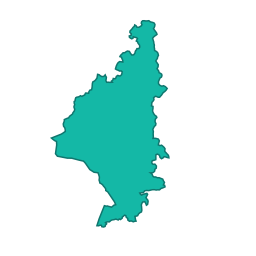 Caraíbas, Bahia, Brazil (Albers equal-area conic projection), rotated 326°
{"feature_id": "56859067B21681248066592", "entity_name": "Caraíbas", "entity_type": "district", "adm_level": 2, "iso_a3": "BRA", "parent_name": "Brazil", "parent_adm1": "Bahia", "projection": "albers", "projection_center": [-41.254, -14.633], "detail": "fine", "context": "isolated", "style": "filled", "palette": "teal", "viewbox_px": 256, "rotation_deg": 326, "n_neighbors": 0, "source": "geoboundaries", "source_scale": "gbopen_adm2", "svg_char_len": 4807}
<svg xmlns="http://www.w3.org/2000/svg" viewBox="0 0 256 256"><g transform="rotate(326 128 128)"><path d="M200.2,47.3L198.7,47.5L197.6,48.5L197.4,50.1L196.3,50.7L195.1,50.7L193.3,50.6L191.7,49.3L191.9,47.7L191.2,46.3L190.0,47.3L188.5,47.4L187.0,48.0L185.4,48.4L183.9,48.7L183.0,49.9L183.4,51.7L182.3,52.9L180.5,52.4L179.9,53.6L180.3,54.9L181.0,56.2L182.5,56.3L183.4,55.3L184.2,56.4L185.5,57.7L185.9,59.1L184.7,59.8L183.5,60.5L184.1,61.8L183.7,63.4L183.9,65.7L183.0,67.5L181.4,68.2L179.8,67.2L178.6,67.9L177.1,68.4L175.6,69.8L173.7,70.5L172.0,69.7L171.8,67.3L172.0,65.3L170.6,63.9L169.3,63.7L167.6,63.8L165.9,62.9L164.3,63.3L162.4,63.6L161.2,64.3L162.2,65.7L161.8,67.0L161.5,68.9L160.6,70.4L159.4,69.3L158.1,68.2L156.4,68.3L154.9,68.9L152.9,70.1L151.6,71.2L150.6,72.0L151.1,73.2L152.0,74.4L152.9,76.1L154.3,76.9L154.6,78.2L153.5,79.3L152.5,80.2L150.8,80.5L149.7,79.8L149.0,78.7L147.2,78.7L146.0,79.7L144.7,79.9L143.5,78.7L142.2,79.8L140.5,79.9L140.6,81.3L138.5,80.1L137.4,79.1L135.9,78.2L136.2,76.2L137.3,75.2L138.5,73.8L138.5,72.5L138.8,71.2L136.8,71.7L135.1,70.8L134.3,69.2L133.8,67.6L132.8,66.5L131.6,67.8L130.1,69.3L127.8,70.1L126.4,70.3L124.7,70.1L123.5,71.0L122.6,72.1L121.4,73.7L120.1,75.1L119.2,75.9L117.6,75.3L115.8,76.1L114.8,77.2L113.6,76.2L112.3,75.3L110.5,76.4L108.8,76.1L107.5,76.1L106.7,74.7L104.5,74.6L102.8,73.8L101.6,73.7L100.3,74.7L99.4,75.9L98.2,75.9L97.3,77.3L96.9,78.8L95.3,79.9L94.7,80.9L94.4,82.6L92.9,83.9L91.0,84.5L89.7,85.4L87.7,85.5L86.1,85.6L84.5,86.4L83.2,86.0L81.6,85.7L79.9,85.4L79.1,86.6L78.0,87.4L76.6,88.4L75.6,90.5L75.7,92.5L75.2,93.9L74.1,95.8L69.4,95.8L58.9,93.5L59.6,95.9L60.1,97.4L61.2,99.2L59.4,102.2L53.5,108.8L53.7,111.9L60.8,119.0L64.4,121.5L69.6,127.4L72.6,130.6L73.0,133.3L73.1,141.1L75.1,145.7L78.1,148.3L77.6,150.4L76.9,152.6L76.0,153.8L74.9,155.0L74.4,156.7L73.9,157.9L74.7,159.3L75.2,160.9L75.2,162.4L75.4,163.8L75.5,165.9L74.6,167.4L75.5,169.6L75.5,170.9L75.5,173.9L75.5,181.6L74.9,184.7L73.1,184.1L71.6,184.3L70.0,184.4L69.0,183.1L68.1,182.2L67.4,181.2L66.2,180.6L65.0,179.2L53.5,187.0L47.6,191.6L48.9,192.6L50.5,193.0L51.5,193.8L51.1,195.2L52.5,196.5L54.0,196.8L54.9,195.9L56.7,195.5L56.5,193.8L58.3,194.2L60.1,195.4L62.2,195.1L63.6,195.4L65.2,196.2L67.0,196.7L67.7,197.7L68.5,198.8L69.9,198.5L70.6,199.7L72.8,199.5L73.6,198.6L74.8,198.6L76.3,198.3L77.2,199.4L76.6,201.1L77.2,202.7L76.4,204.4L77.1,206.2L78.7,206.8L79.9,208.7L81.4,209.1L82.6,209.7L83.0,208.1L83.8,206.4L84.3,205.1L85.4,205.6L86.9,206.1L88.8,205.1L90.4,204.9L92.2,205.1L93.5,203.9L94.4,202.3L95.2,200.9L96.0,199.3L97.4,198.2L98.8,197.6L100.7,198.5L100.5,200.7L100.1,202.3L101.5,202.3L102.6,201.2L103.6,200.1L104.1,198.9L103.9,197.1L104.0,195.7L105.6,194.9L107.2,193.9L107.1,192.7L105.7,192.2L104.5,191.8L102.9,191.3L101.7,191.2L101.3,190.0L101.4,188.5L103.1,189.3L104.8,190.1L106.7,189.4L108.6,190.2L110.2,191.5L111.9,192.1L113.5,192.7L115.3,193.8L116.7,195.2L118.0,195.8L119.5,196.9L121.6,196.6L123.3,197.1L125.8,197.5L126.3,196.0L125.5,195.0L126.7,194.2L127.8,193.5L127.8,191.9L128.2,189.8L127.1,188.2L126.0,186.6L124.6,185.7L123.6,184.1L122.1,183.1L121.7,181.9L122.0,180.4L122.1,179.0L121.6,177.8L123.5,178.9L125.0,178.9L126.1,178.6L127.1,177.3L129.0,177.1L130.3,175.4L130.1,173.0L128.5,172.1L128.1,170.9L128.6,169.5L129.9,168.7L131.8,169.4L133.3,169.8L134.1,168.8L135.1,167.2L136.2,165.8L137.7,166.0L138.7,167.6L138.6,168.9L138.1,170.3L138.6,172.2L140.3,172.4L141.9,172.0L142.9,172.9L144.0,174.4L145.2,175.6L145.8,174.5L146.2,173.1L145.9,171.3L145.7,169.6L145.4,168.0L146.2,166.9L147.1,165.9L147.1,164.3L146.6,162.2L146.2,161.0L144.7,160.5L143.7,159.0L144.8,157.8L146.8,156.2L147.0,154.2L146.1,153.1L145.2,152.1L144.2,151.3L142.9,150.6L144.0,149.6L144.9,148.1L145.8,146.6L147.0,145.2L147.8,143.1L149.6,142.0L150.9,141.4L152.4,141.2L153.6,140.0L153.9,138.0L155.1,136.4L156.3,135.7L157.7,135.5L158.1,134.2L157.5,132.8L157.3,131.4L157.4,130.0L157.6,128.4L158.3,127.1L159.5,125.9L160.8,124.1L159.8,122.7L160.9,121.7L162.0,120.2L163.6,119.8L165.3,119.1L166.2,117.2L168.4,117.0L169.3,117.9L170.2,119.4L171.4,120.2L172.7,119.8L173.9,119.6L175.1,119.1L176.8,118.4L179.0,118.3L180.9,117.9L182.6,117.1L182.1,114.6L181.1,112.8L179.4,112.3L178.2,110.2L178.1,108.3L179.1,106.7L180.2,105.9L181.2,105.3L182.3,104.5L184.2,104.5L185.4,103.6L186.0,102.3L185.6,101.0L184.7,99.6L185.3,98.0L185.3,96.6L185.2,95.1L187.1,94.1L188.5,92.4L188.5,90.1L188.5,88.0L189.6,87.4L191.2,86.8L192.5,85.5L193.8,84.9L194.4,83.4L194.7,82.1L194.4,80.5L193.4,78.6L194.3,77.2L195.0,75.5L196.2,74.0L196.8,72.2L197.5,71.0L198.1,68.9L198.6,67.4L200.0,66.9L201.8,66.7L203.2,66.7L204.4,66.6L204.8,65.3L204.8,63.6L204.7,61.7L204.7,59.9L206.0,59.3L207.0,58.6L208.2,57.3L208.4,55.7L207.7,54.5L206.8,53.5L205.9,52.5L205.3,50.7L203.7,49.9L202.6,49.2L201.4,48.1L200.2,47.3Z" fill="#14b8a6" stroke="#0f766e" stroke-width="1.5"/></g></svg>